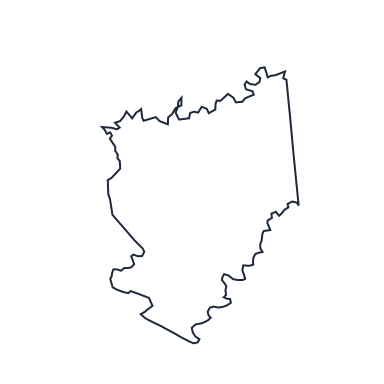 the district of Santo Cristo, Rio Grande do Sul, Brazil, rotated 288°
{"feature_id": "56859067B84968133223300", "entity_name": "Santo Cristo", "entity_type": "district", "adm_level": 2, "iso_a3": "BRA", "parent_name": "Brazil", "parent_adm1": "Rio Grande do Sul", "projection": "albers", "projection_center": [-54.717, -27.788], "detail": "fine", "context": "isolated", "style": "outline", "palette": "slate", "viewbox_px": 384, "rotation_deg": 288, "n_neighbors": 0, "source": "geoboundaries", "source_scale": "gbopen_adm2", "svg_char_len": 2415}
<svg xmlns="http://www.w3.org/2000/svg" viewBox="0 0 384 384"><g transform="rotate(288 192 192)"><path d="M84.1,141.1L76.8,146.0L75.9,151.1L75.7,155.0L75.7,159.1L76.2,162.7L78.8,164.3L78.6,171.7L78.0,183.8L71.5,189.6L67.0,186.4L63.5,184.2L59.9,181.0L57.5,186.5L56.3,193.4L54.9,203.9L51.8,220.4L50.5,226.7L49.5,232.5L48.9,236.0L48.6,240.4L50.8,243.9L54.3,244.6L55.7,239.7L58.9,236.0L62.8,233.7L67.3,236.5L69.9,241.4L72.3,244.3L75.0,246.9L78.2,248.7L79.5,246.1L82.9,243.9L87.6,244.8L89.7,248.0L90.3,252.9L92.4,257.0L94.2,259.4L96.4,261.5L98.7,263.2L102.0,261.3L101.3,258.0L101.7,254.7L104.8,256.2L108.7,254.2L113.0,253.7L115.0,251.5L117.4,247.7L120.3,247.3L123.8,247.9L123.9,252.4L121.8,258.0L122.4,262.5L123.9,267.3L125.7,269.4L129.2,267.2L133.0,264.1L138.1,263.4L139.4,269.0L141.8,272.7L145.1,271.3L148.6,270.7L152.6,271.4L154.9,274.3L156.7,277.6L159.6,274.4L163.4,273.0L167.4,273.2L174.0,271.9L177.1,272.3L180.0,278.2L185.6,273.4L188.3,272.7L192.0,276.0L196.0,274.2L199.1,277.9L196.3,282.1L198.9,283.7L203.8,285.5L207.1,288.4L210.2,286.6L213.9,290.2L214.3,295.0L212.1,297.6L255.4,278.6L266.7,273.7L283.9,266.3L296.9,260.7L306.2,256.6L328.0,247.1L328.3,243.6L335.4,243.2L329.0,235.5L326.7,230.9L324.4,228.6L328.3,226.0L333.0,222.5L330.8,218.5L323.6,215.8L321.4,221.8L317.4,222.2L313.6,219.3L312.6,213.7L314.0,209.8L310.4,208.8L306.4,211.6L306.5,218.5L303.6,220.7L300.2,216.6L297.4,213.4L293.4,212.1L290.8,206.0L294.5,202.2L296.4,195.9L287.4,190.8L286.6,187.2L283.0,187.2L277.6,188.7L274.4,185.7L272.1,183.6L275.7,180.3L276.0,174.9L269.5,173.3L268.9,168.9L266.5,165.8L261.2,166.4L256.9,157.3L262.4,151.9L268.4,152.2L266.4,150.4L260.0,149.0L255.5,146.3L248.9,148.1L249.4,139.3L252.0,134.4L244.8,124.0L246.9,121.9L255.2,118.0L252.8,116.6L250.4,114.4L243.6,112.4L248.2,104.8L242.6,103.8L237.2,101.7L234.1,97.4L230.9,103.3L228.4,101.2L228.2,95.5L226.0,86.4L224.4,89.4L221.0,93.2L223.4,95.7L220.9,98.5L217.4,97.4L215.0,100.3L213.1,102.7L211.1,105.2L207.6,106.1L204.4,110.0L201.0,110.6L199.3,113.6L196.0,115.0L192.0,116.5L180.5,111.1L177.3,108.2L163.7,113.2L160.1,116.1L145.7,123.4L137.8,136.5L128.2,152.4L122.9,162.8L120.3,165.1L115.7,164.3L114.2,160.4L114.3,155.6L112.1,154.0L108.8,156.8L105.3,159.3L101.8,157.6L99.9,154.8L98.9,151.2L95.2,148.8L95.2,144.2L94.0,141.1L90.0,141.1L86.8,141.6L84.1,141.1ZM268.4,152.2L271.1,155.1L278.4,152.9L274.0,151.1L268.4,152.2Z" fill="none" stroke="#1e293b" stroke-width="2"/></g></svg>